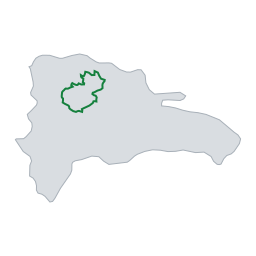 Dominican Republic, with Santiago highlighted
{"feature_id": "DOM-1390", "entity_name": "Santiago", "entity_type": "Province", "adm_level": 1, "iso_a3": "DOM", "parent_name": "Dominican Republic", "parent_adm1": "", "projection": "mercator", "projection_center": [-70.906, 19.338], "detail": "fine", "context": "in_parent", "style": "outline", "palette": "green", "viewbox_px": 256, "rotation_deg": 0, "n_neighbors": 0, "source": "natural_earth", "source_scale": "10m", "svg_char_len": 2343}
<svg xmlns="http://www.w3.org/2000/svg" viewBox="0 0 256 256"><path d="M29.6,176.0L29.9,165.3L31.6,161.0L30.0,156.4L23.2,151.5L19.1,145.3L15.4,139.7L16.2,138.9L23.6,138.7L26.2,136.6L31.2,131.0L32.2,126.4L31.8,122.9L28.5,118.8L27.3,114.4L31.3,110.6L36.5,105.1L37.2,103.0L37.1,100.8L31.0,95.0L30.6,92.5L33.4,86.1L33.1,81.9L30.3,68.7L29.0,66.8L31.7,65.7L33.5,61.7L35.9,58.2L39.0,56.3L42.6,55.2L49.7,55.3L59.6,58.3L62.4,58.3L71.9,55.5L79.7,54.0L87.1,55.7L90.1,58.1L96.2,61.9L99.3,63.0L109.0,62.9L111.6,63.3L119.7,69.5L126.5,72.0L130.5,72.1L137.6,69.7L141.1,69.8L145.1,75.2L145.9,82.8L149.3,89.7L154.5,94.1L180.0,92.3L185.7,95.9L183.7,98.9L180.1,100.5L168.0,99.8L162.7,100.2L161.6,103.2L161.6,105.9L168.7,106.6L175.7,108.0L182.7,110.2L189.9,111.8L198.1,112.7L206.0,114.4L219.4,119.8L234.1,132.2L238.0,135.0L240.6,138.9L239.4,143.6L234.1,151.4L231.2,153.9L226.8,155.5L223.8,158.7L221.0,164.1L219.2,164.6L217.1,164.3L213.6,161.3L211.1,156.5L204.0,152.1L195.5,152.6L183.1,150.0L175.6,151.3L168.0,151.6L160.3,150.2L152.6,149.8L144.8,151.4L137.3,154.3L134.5,156.1L129.7,160.5L127.2,162.2L108.9,164.4L103.7,161.2L98.8,156.7L91.8,156.1L81.6,159.6L75.2,160.8L72.6,162.3L71.9,164.0L71.8,170.2L70.4,174.0L60.5,188.2L54.9,198.3L52.6,201.4L49.9,202.0L45.0,196.3L41.9,194.2L38.0,193.1L36.4,190.1L36.5,185.7L35.5,181.5L33.1,178.1L29.6,176.0Z" fill="#d9dde1" stroke="#a8b0b8" stroke-width="1"/><path d="M104.7,79.9L104.5,81.2L103.6,82.2L102.7,83.6L102.4,85.2L102.5,86.7L102.5,88.2L101.6,88.9L100.7,89.6L97.4,90.6L94.3,92.3L92.8,92.7L92.4,94.0L93.9,95.2L95.7,95.7L96.7,97.4L96.3,99.6L96.4,101.5L94.8,101.2L93.5,101.3L92.8,103.0L89.5,105.5L85.7,107.3L83.7,108.2L81.9,109.1L82.3,110.5L82.1,111.9L80.5,111.4L78.9,110.9L77.4,111.2L76.0,111.9L73.2,111.1L70.4,109.3L69.3,108.2L69.1,106.6L68.6,105.7L67.5,105.1L65.0,103.9L62.7,102.5L63.0,100.5L63.0,98.5L61.9,97.5L61.7,96.2L61.9,94.1L62.1,92.2L63.0,91.0L64.1,90.1L64.8,89.2L65.8,88.5L66.9,88.7L68.1,88.6L70.3,87.5L72.7,86.7L72.2,86.1L71.3,85.5L71.5,84.2L72.3,83.1L74.0,84.1L75.8,84.8L76.7,85.0L77.6,84.9L78.2,84.1L78.7,83.4L81.3,84.5L84.0,84.4L84.2,83.3L82.8,82.2L83.2,80.3L83.3,78.5L82.4,78.0L81.5,77.5L81.0,76.4L80.9,75.1L82.4,76.1L84.0,75.9L84.9,73.9L85.3,71.8L87.2,72.2L88.9,72.7L90.3,73.9L91.7,75.1L94.4,75.0L94.6,71.1L97.9,72.6L99.2,75.7L101.0,78.7L104.7,79.9Z" fill="none" stroke="#15803d" stroke-width="2"/></svg>